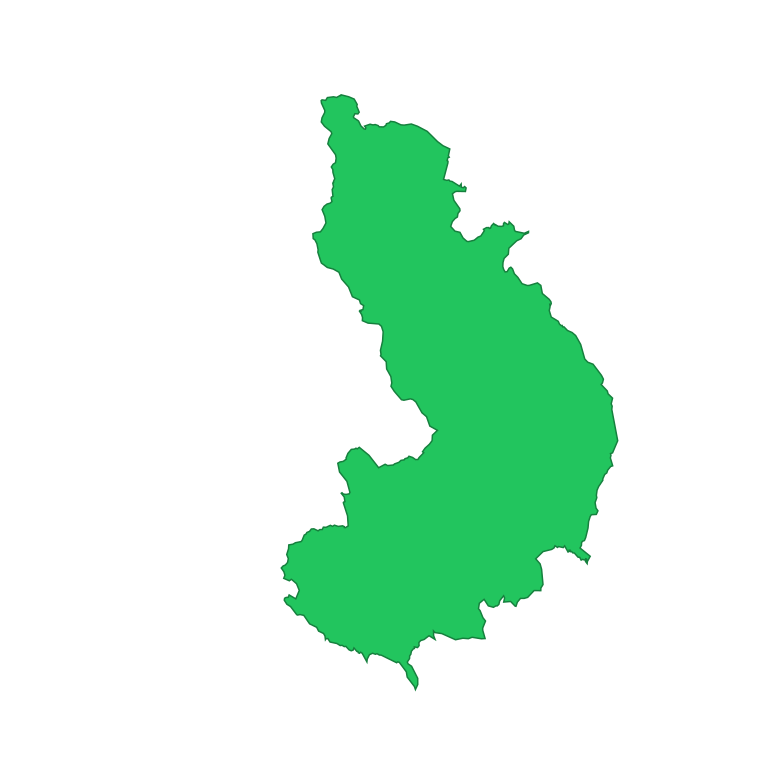 outline of Almasu, Salaj, Romania, rotated 55°
{"feature_id": "2599482B45956025048806", "entity_name": "Almasu", "entity_type": "district", "adm_level": 2, "iso_a3": "ROU", "parent_name": "Romania", "parent_adm1": "Salaj", "projection": "robinson", "projection_center": [23.079, 46.933], "detail": "fine", "context": "isolated", "style": "filled", "palette": "green", "viewbox_px": 768, "rotation_deg": 55, "n_neighbors": 0, "source": "geoboundaries", "source_scale": "gbopen_adm2", "svg_char_len": 6170}
<svg xmlns="http://www.w3.org/2000/svg" viewBox="0 0 768 768"><g transform="rotate(55 384 384)"><path d="M625.1,524.4L623.6,520.6L621.3,518.8L620.9,517.2L618.6,514.8L617.7,511.5L618.1,510.8L616.7,509.9L619.1,507.8L618.9,506.7L618.4,505.3L615.8,503.7L615.2,501.2L616.3,497.6L616.0,491.5L622.5,488.7L618.6,487.7L614.7,485.1L616.9,484.8L621.6,479.8L634.5,472.1L637.5,465.2L641.0,461.0L642.0,457.1L648.6,450.3L650.5,447.2L642.4,444.4L640.5,443.1L636.4,436.8L632.1,437.0L624.8,435.3L622.3,435.5L618.3,431.7L617.8,425.5L625.6,425.8L629.7,422.4L629.9,419.7L630.7,418.6L630.4,416.3L627.9,413.5L626.1,407.5L628.4,407.9L631.3,411.0L634.8,405.0L641.2,404.0L641.8,403.4L639.2,399.9L637.9,395.2L640.0,392.2L641.2,388.7L639.3,379.5L643.2,374.1L641.1,372.5L639.5,368.8L626.2,361.2L620.9,359.3L614.2,360.0L612.5,349.8L615.7,341.5L615.8,338.8L614.6,336.7L617.4,335.6L617.3,334.2L620.8,331.0L620.2,328.9L627.2,329.6L627.3,328.4L626.3,327.7L626.9,326.9L628.3,327.4L628.8,326.4L630.5,326.3L631.7,325.0L637.1,324.4L638.3,323.1L641.3,323.5L641.5,322.0L643.5,320.4L642.8,319.0L643.2,318.6L644.8,318.7L644.4,320.2L644.9,320.7L647.6,320.6L646.1,319.3L643.4,313.9L630.8,317.5L629.4,314.8L627.2,313.1L626.7,311.5L627.2,309.6L625.5,306.9L619.0,299.5L614.0,295.3L610.8,291.1L610.0,289.1L612.6,284.9L610.6,281.5L607.3,281.5L602.2,279.1L599.2,274.9L597.0,273.9L593.2,270.4L591.1,267.0L588.4,260.0L587.2,259.2L584.7,255.1L584.6,252.5L582.9,250.2L581.6,245.7L582.2,243.6L574.4,241.0L572.6,239.0L570.9,238.4L571.5,236.3L564.5,225.1L535.5,212.0L533.0,209.8L530.6,209.3L526.7,204.9L520.6,206.1L517.8,205.1L509.0,206.4L508.4,204.4L505.9,201.5L501.6,200.9L487.7,201.4L483.0,204.6L478.6,205.2L464.4,200.2L454.3,199.2L449.7,200.4L445.4,203.0L440.4,203.8L439.9,204.8L438.2,204.5L437.9,205.3L435.6,205.9L432.6,205.3L425.1,208.6L418.6,206.5L416.0,203.7L414.2,202.7L415.0,202.5L414.1,200.9L412.4,200.1L409.4,200.1L400.7,202.4L393.2,199.0L389.2,200.3L386.5,208.6L385.4,210.2L381.0,213.4L373.4,213.2L368.5,214.0L363.5,212.7L361.1,213.1L360.9,215.0L362.6,218.7L361.7,220.5L358.9,220.3L355.9,219.3L352.7,216.8L350.0,213.6L349.0,207.7L344.4,203.9L342.8,193.1L343.6,188.4L342.1,184.1L343.0,178.9L341.9,178.1L341.0,182.6L334.4,188.8L333.0,188.9L329.2,187.2L322.9,188.4L324.5,190.0L324.4,191.1L320.7,192.7L321.2,194.1L322.9,195.4L322.4,197.2L320.2,200.1L317.4,201.3L317.5,201.8L315.4,202.1L316.0,205.2L317.4,207.4L317.0,208.5L316.0,208.4L314.7,210.3L314.3,213.8L316.0,213.9L318.3,219.8L317.6,222.8L318.0,227.6L315.8,233.1L314.7,234.3L309.7,235.5L303.3,234.8L299.5,238.2L293.2,239.0L290.2,234.9L289.2,230.9L289.3,228.1L286.7,225.6L285.7,222.4L283.9,221.4L273.6,221.4L267.4,218.8L267.3,215.5L267.9,213.9L273.0,206.9L270.5,204.3L268.5,204.7L268.7,206.5L267.1,207.8L264.4,206.1L265.2,208.7L257.1,212.1L255.7,213.6L254.1,213.8L253.2,215.8L250.6,217.9L239.6,204.9L238.2,203.8L237.2,204.2L235.2,201.8L235.6,200.5L234.0,200.4L229.2,195.3L222.7,199.0L216.2,201.1L201.8,203.7L192.1,208.7L186.7,212.5L183.5,219.0L181.4,221.5L175.5,224.9L172.6,228.0L173.1,230.0L172.2,232.7L173.2,234.1L173.2,236.9L170.6,240.4L168.9,240.6L166.4,242.4L165.5,244.4L163.2,246.4L161.6,252.0L163.7,251.9L164.6,253.1L163.7,254.0L159.3,254.9L154.0,254.0L148.4,256.1L147.5,255.7L145.9,252.8L147.8,250.5L147.1,248.4L140.8,247.0L139.6,245.6L133.5,245.0L128.4,248.2L122.5,253.3L122.9,254.2L122.5,254.5L122.1,258.4L119.8,260.6L116.9,266.1L118.2,269.1L115.7,271.8L115.8,272.9L118.0,274.1L126.0,275.6L127.6,276.9L130.4,282.1L133.4,285.1L138.7,284.9L146.9,282.6L149.0,283.2L151.4,288.1L155.1,292.3L168.4,292.2L171.6,293.7L174.9,296.8L174.8,299.6L176.0,302.7L178.9,302.9L181.5,304.5L187.6,306.6L189.1,309.2L190.0,309.7L190.0,310.7L193.6,312.3L195.0,314.9L201.0,318.2L200.8,319.9L201.3,320.6L204.7,322.0L205.0,324.3L203.9,327.5L204.0,329.4L204.1,331.2L205.7,334.7L212.7,336.3L218.8,339.2L221.6,344.7L222.9,348.8L220.9,352.4L220.1,356.0L224.3,358.6L226.3,357.9L230.6,358.5L236.3,361.0L238.1,362.6L246.5,365.2L249.0,365.9L256.0,363.6L260.8,359.6L266.6,356.8L273.7,358.5L284.2,357.4L294.4,359.8L301.1,355.9L304.7,357.1L308.1,355.7L311.0,358.6L310.3,360.3L311.1,361.0L310.0,361.5L310.2,362.3L314.4,362.5L317.3,363.5L319.7,365.4L324.9,362.2L331.9,353.8L335.3,353.0L340.7,354.7L348.1,360.6L354.4,367.6L358.1,369.5L358.9,370.7L367.0,369.4L373.2,373.2L381.8,374.1L387.6,377.0L389.9,379.6L396.0,379.8L406.9,378.7L408.7,377.0L411.3,370.9L413.4,369.2L417.0,368.2L429.4,369.4L435.2,367.9L444.8,370.6L452.6,366.8L453.7,373.7L458.0,377.1L459.4,381.4L460.1,387.1L461.6,391.3L463.1,390.9L464.4,397.5L465.3,399.5L464.0,401.5L460.6,402.7L457.5,405.0L458.1,406.9L457.2,409.6L457.7,411.0L456.3,413.9L456.7,416.8L455.5,421.2L455.7,422.8L452.9,427.8L450.4,429.1L449.5,436.4L433.8,437.2L421.7,440.6L421.8,443.1L420.5,443.8L420.4,445.5L418.8,448.3L420.1,453.3L422.8,457.5L423.9,457.9L424.0,461.8L422.6,464.8L422.4,467.3L430.6,470.9L442.5,470.2L453.3,474.1L454.0,475.6L452.7,478.4L450.9,480.4L449.0,480.8L449.0,481.7L453.7,481.4L458.0,483.5L457.6,484.9L457.9,485.4L471.1,489.5L479.7,494.7L479.6,497.9L478.8,498.8L478.1,498.3L476.4,499.3L474.4,503.2L471.2,505.6L471.1,507.8L469.0,509.0L468.2,513.6L466.5,515.8L467.8,518.0L466.4,520.2L466.5,522.2L462.4,524.5L461.1,526.7L462.0,529.5L461.4,532.3L462.2,534.1L462.0,536.0L465.2,540.9L465.5,542.4L463.2,547.6L463.0,550.4L461.2,554.3L464.2,556.7L467.9,561.5L472.1,562.5L474.9,565.4L475.7,568.6L475.2,571.1L475.8,573.7L480.4,573.7L483.9,574.9L485.7,577.6L490.9,574.4L490.8,572.0L491.7,571.6L497.5,570.2L504.5,571.8L509.4,579.5L502.4,582.7L503.8,584.8L502.7,586.6L502.5,588.3L503.9,589.7L508.7,589.9L512.7,588.2L522.9,587.8L523.7,587.3L524.7,585.0L527.5,582.4L537.8,582.5L544.7,578.7L548.9,579.3L553.7,576.6L556.6,576.9L559.8,578.6L559.4,577.6L560.3,576.0L564.4,576.2L569.6,571.4L573.1,569.9L574.0,568.2L576.3,567.2L577.1,565.7L581.7,565.1L583.7,563.9L584.3,562.0L583.0,560.0L587.5,559.6L588.1,558.8L589.4,559.2L590.5,558.5L590.3,557.0L592.0,556.3L601.8,557.4L599.7,555.5L597.4,551.2L598.0,547.8L600.5,546.0L600.9,544.4L603.3,543.3L604.5,541.8L619.6,533.5L619.4,532.3L620.8,531.1L632.6,530.8L637.4,533.1L649.2,532.6L652.3,533.5L649.5,528.7L644.4,525.2L631.0,523.3L627.1,524.8L625.1,524.4Z" fill="#22c55e" stroke="#15803d" stroke-width="1.5"/></g></svg>